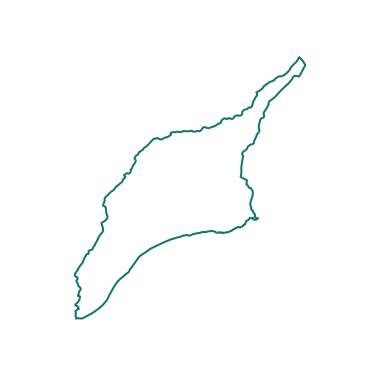 outline of Icononzo, Tolima, Colombia, rotated 224°
{"feature_id": "7082276B29994839767067", "entity_name": "Icononzo", "entity_type": "district", "adm_level": 2, "iso_a3": "COL", "parent_name": "Colombia", "parent_adm1": "Tolima", "projection": "equal_earth", "projection_center": [-74.537, 4.121], "detail": "fine", "context": "isolated", "style": "outline", "palette": "teal", "viewbox_px": 384, "rotation_deg": 224, "n_neighbors": 0, "source": "geoboundaries", "source_scale": "gbopen_adm2", "svg_char_len": 6054}
<svg xmlns="http://www.w3.org/2000/svg" viewBox="0 0 384 384"><g transform="rotate(224 192 192)"><path d="M187.3,20.6L186.6,21.7L183.7,24.2L182.9,25.2L182.6,26.0L180.7,32.2L179.8,34.6L179.6,36.1L179.1,37.9L178.2,43.0L177.8,47.0L177.7,49.7L177.9,51.4L178.1,55.0L178.3,55.8L179.5,59.1L182.5,70.6L183.3,75.3L183.3,79.3L183.1,81.3L182.8,83.3L182.6,86.9L182.1,89.6L182.0,90.7L182.2,91.6L183.0,93.3L183.2,96.6L183.7,99.3L184.4,104.7L184.9,107.4L185.0,108.7L184.9,110.3L184.4,112.8L183.8,115.0L182.4,122.3L182.0,123.7L177.1,136.8L174.3,143.1L172.9,145.4L171.4,148.4L169.1,151.9L168.4,154.0L166.6,156.4L166.2,157.3L164.8,157.9L163.3,159.2L162.6,160.4L162.2,162.1L161.9,162.7L159.9,165.4L159.5,166.3L158.4,167.3L157.7,168.4L157.7,168.7L156.9,170.1L155.9,171.3L153.8,173.2L153.4,174.5L151.6,176.5L151.2,177.3L150.2,177.9L149.3,178.9L148.6,178.9L147.5,179.6L146.3,179.6L145.6,180.0L145.3,180.4L144.5,181.9L143.9,182.3L143.1,182.3L142.9,182.6L142.7,183.6L141.6,183.8L141.0,184.1L140.6,185.1L139.9,185.8L139.3,187.0L138.2,187.9L137.8,188.9L137.6,189.7L136.9,190.8L136.6,191.6L136.4,193.6L135.4,195.6L135.3,196.8L135.1,197.6L134.6,198.5L134.1,199.2L133.3,199.8L132.7,199.8L132.6,200.0L132.5,201.2L131.7,202.2L131.7,202.9L132.0,203.8L132.0,204.2L131.9,204.5L131.5,204.8L131.4,205.5L132.0,206.3L132.1,207.5L132.8,208.6L132.7,209.3L132.2,210.7L132.0,211.9L132.1,212.3L132.4,212.9L132.4,213.2L132.3,213.4L130.9,214.6L130.4,215.6L130.0,215.5L129.5,215.0L129.0,214.9L128.2,215.2L127.6,215.7L126.7,216.8L126.3,217.5L126.2,218.2L126.3,218.8L126.5,218.8L128.1,217.9L128.8,217.7L129.4,217.7L130.1,218.2L130.6,219.1L131.0,219.5L131.4,219.7L132.6,219.6L133.0,219.9L134.2,220.1L135.4,220.8L136.4,220.5L137.0,220.6L138.1,221.7L139.7,222.6L141.0,223.0L142.0,224.2L143.7,226.9L144.1,227.6L144.7,229.5L147.2,233.2L148.1,234.1L149.4,234.9L152.5,235.6L153.3,234.9L154.0,234.7L155.9,235.3L156.5,235.3L157.5,235.6L158.3,235.4L158.8,235.8L159.2,236.8L160.2,238.1L160.7,238.5L161.2,238.6L161.5,238.6L163.0,237.7L164.8,237.5L166.7,236.7L167.8,236.9L168.3,238.2L168.6,238.6L169.4,239.4L170.5,240.9L173.1,243.3L176.4,247.7L179.9,252.9L180.9,253.7L181.9,254.0L182.5,254.4L182.8,254.9L183.0,255.6L183.1,256.8L182.3,260.4L182.5,261.2L183.0,262.4L183.2,263.2L183.3,264.5L183.0,265.8L182.7,266.7L181.4,269.3L181.4,270.0L182.0,270.6L182.6,271.7L184.3,276.6L185.0,277.7L185.4,279.5L185.6,281.7L185.8,282.6L186.6,283.5L187.8,284.0L188.4,284.4L189.1,285.1L191.3,288.1L192.0,289.9L193.0,291.3L193.3,292.0L193.3,292.8L193.1,293.6L192.4,295.0L192.4,296.1L192.7,296.6L194.1,297.5L195.5,298.8L196.6,304.7L197.7,308.2L198.2,308.9L199.0,309.6L199.3,310.3L199.4,310.9L198.5,316.1L198.3,318.1L198.5,324.3L198.5,329.2L198.0,337.2L198.3,342.1L199.1,344.8L199.1,346.1L198.6,346.9L197.2,348.2L195.3,349.4L195.6,351.5L196.6,355.1L197.7,358.4L198.2,361.0L198.5,361.6L198.8,362.0L202.9,363.2L208.3,363.4L208.2,361.7L207.9,361.0L207.4,358.9L207.3,358.0L207.5,356.0L207.5,352.5L207.3,349.4L206.5,347.2L206.5,342.4L207.3,339.0L207.9,337.5L209.8,335.5L210.4,333.7L210.7,332.0L210.6,329.7L210.7,329.0L211.2,328.2L211.4,326.9L212.1,325.9L212.6,325.0L212.7,323.0L213.5,320.9L213.3,319.8L213.7,318.9L213.8,318.2L213.4,316.5L213.3,314.2L213.7,312.2L214.8,308.4L213.2,307.7L212.4,306.9L211.9,303.5L211.4,302.1L210.9,300.2L210.6,299.2L209.2,297.0L208.4,294.9L208.4,293.6L208.7,293.2L209.7,292.5L209.9,292.2L210.1,289.8L210.9,288.5L211.6,286.7L211.7,285.6L211.5,284.8L211.3,284.4L209.9,282.7L209.9,281.9L210.0,281.3L210.7,280.0L212.4,278.7L213.7,277.1L213.8,276.7L213.8,275.8L213.4,273.7L213.7,272.7L214.0,272.3L215.3,271.6L215.5,271.3L216.3,271.1L216.9,270.7L217.1,270.3L217.4,268.8L217.5,268.6L218.9,268.3L220.2,266.7L220.5,264.0L220.3,263.5L219.5,262.0L219.5,261.2L220.4,259.4L220.6,258.6L221.5,254.9L222.6,253.0L224.5,249.3L225.1,248.8L227.9,247.5L228.7,246.7L228.8,245.8L228.3,242.7L228.7,241.1L228.9,240.8L230.0,240.2L232.6,236.5L233.2,236.2L234.3,236.1L234.9,235.7L237.1,232.8L239.0,231.3L240.5,229.7L241.0,229.1L241.5,227.4L241.8,227.0L244.5,225.3L245.7,223.1L247.3,221.8L247.9,221.0L248.1,220.4L248.2,219.4L248.0,219.2L247.2,218.9L247.0,218.6L247.0,218.1L247.5,215.2L248.0,214.1L249.2,212.4L249.5,211.8L250.3,208.8L251.4,207.9L252.5,207.3L253.7,207.1L254.3,206.8L256.1,204.1L256.4,203.5L256.6,201.4L256.5,200.3L256.4,199.6L256.4,197.1L256.5,195.0L256.5,192.8L257.2,190.1L257.2,189.8L256.7,188.9L256.7,188.6L257.0,187.2L257.3,185.0L257.8,184.2L257.8,183.4L257.1,182.3L257.0,181.9L257.0,181.1L257.4,179.8L257.3,178.1L257.1,176.8L256.4,176.1L254.8,175.8L254.0,175.3L253.0,172.2L252.8,169.9L251.8,167.8L251.5,165.4L250.3,164.0L250.0,162.9L250.1,161.5L250.7,161.0L251.5,160.5L252.2,159.8L252.2,159.0L252.6,157.5L252.6,157.1L252.1,156.6L251.2,156.8L250.6,156.6L250.3,155.4L250.2,152.7L249.4,151.2L249.3,150.3L249.7,147.9L249.9,144.9L250.4,143.1L250.0,141.3L249.9,139.8L249.8,138.5L250.4,136.1L250.5,134.7L250.5,131.5L250.6,128.9L250.6,127.8L250.4,126.8L249.6,125.9L248.6,125.0L247.5,122.0L246.8,120.8L246.5,120.5L246.0,120.6L244.1,121.1L243.4,121.0L240.7,118.9L240.3,118.5L239.6,118.0L238.9,117.1L236.0,115.9L235.3,115.2L234.7,114.0L234.5,112.7L234.8,109.9L235.4,107.7L235.5,106.9L235.1,106.4L234.0,105.9L233.2,105.2L231.7,104.6L230.4,103.7L229.4,102.8L228.8,101.7L228.5,100.6L228.2,96.5L227.8,95.7L227.3,93.3L226.1,90.1L225.9,88.4L224.9,86.3L225.1,85.2L224.0,81.9L224.0,80.5L224.4,79.7L225.3,78.5L225.5,77.8L224.2,76.6L223.6,75.7L223.7,75.1L224.5,74.2L224.5,73.3L224.0,72.1L223.5,69.7L221.5,64.8L221.4,62.6L220.9,58.9L220.5,58.0L220.1,55.9L219.8,54.6L219.4,51.9L218.4,50.6L217.9,50.3L217.0,50.3L215.2,50.9L214.5,50.7L214.1,50.2L213.6,47.8L213.1,47.5L211.3,47.0L210.1,46.5L208.9,45.6L205.4,45.4L204.7,45.0L204.3,44.2L204.0,42.1L202.0,38.4L201.8,38.1L201.5,38.1L201.3,38.2L200.7,38.9L200.0,39.0L199.4,38.4L198.2,36.5L197.6,33.9L197.6,32.2L197.8,30.6L197.6,29.8L197.3,29.5L196.5,29.6L195.4,30.3L195.0,30.3L193.8,30.2L193.1,29.7L192.9,29.6L193.4,29.4L193.1,28.7L192.8,28.7L192.7,28.5L192.7,27.8L193.0,26.2L193.0,25.1L190.9,23.8L190.2,22.6L189.4,21.7L188.1,21.3L187.3,20.6Z" fill="none" stroke="#0f766e" stroke-width="2"/></g></svg>